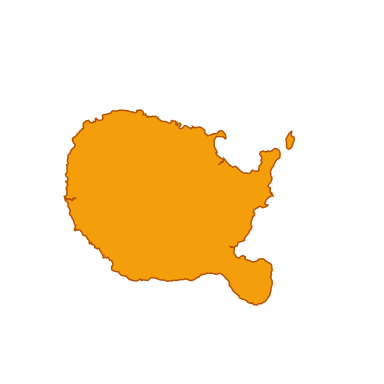 outline of Vanua Lava, Torba, Vanuatu, rotated 311°
{"feature_id": "77236927B4251587034950", "entity_name": "Vanua Lava", "entity_type": "district", "adm_level": 2, "iso_a3": "VUT", "parent_name": "Vanuatu", "parent_adm1": "Torba", "projection": "mercator", "projection_center": [167.507, -13.839], "detail": "fine", "context": "isolated", "style": "filled", "palette": "amber", "viewbox_px": 384, "rotation_deg": 311, "n_neighbors": 0, "source": "geoboundaries", "source_scale": "gbopen_adm2", "svg_char_len": 5997}
<svg xmlns="http://www.w3.org/2000/svg" viewBox="0 0 384 384"><g transform="rotate(311 192 192)"><path d="M107.7,99.5L104.8,98.8L104.8,102.8L106.3,103.7L106.9,104.7L107.1,106.9L109.0,106.4L110.0,106.6L111.4,108.8L110.0,107.7L109.7,107.0L107.4,107.3L106.5,107.0L106.5,104.7L104.3,102.5L104.3,99.5L102.6,101.7L102.5,105.2L101.6,106.6L100.0,107.4L98.7,111.3L97.3,113.0L95.6,113.5L94.9,114.2L94.4,117.3L93.6,118.6L93.2,120.4L90.6,124.6L90.5,126.2L89.1,126.6L88.3,127.5L87.2,127.3L87.0,127.7L87.4,128.2L86.0,128.6L86.2,129.2L87.7,129.6L87.7,130.2L89.0,130.9L89.7,132.6L89.3,135.4L88.0,138.0L89.1,140.8L89.1,141.5L88.3,143.0L87.7,146.8L86.4,147.4L85.8,148.7L87.6,148.9L87.9,149.3L86.6,150.5L87.1,150.8L87.7,153.9L86.3,154.8L86.2,155.3L87.0,156.8L86.9,157.9L88.7,158.9L87.8,160.2L86.2,165.1L85.9,166.2L86.3,167.0L84.8,167.4L84.2,168.1L84.2,168.6L85.4,168.9L86.0,170.6L87.7,171.2L86.5,175.1L87.3,175.8L87.5,176.5L85.8,179.6L85.0,180.2L83.0,180.2L82.7,180.8L81.3,181.5L80.7,182.9L80.8,184.0L82.1,186.9L83.6,189.2L82.8,191.3L82.7,193.1L84.5,196.6L85.4,197.5L84.9,200.5L85.1,201.2L84.7,201.9L85.9,203.7L85.7,204.1L87.2,206.8L88.8,208.7L92.5,210.4L92.1,211.7L92.3,212.2L93.6,212.6L95.9,216.2L96.9,216.9L99.8,217.0L101.2,218.2L102.9,220.5L104.9,225.8L107.0,228.4L108.4,231.7L110.7,233.8L111.4,235.0L113.9,236.5L114.5,237.8L119.0,241.4L119.8,242.6L122.7,244.6L123.9,248.6L124.6,249.5L126.9,251.0L130.7,252.0L132.3,253.0L135.3,253.0L138.7,255.8L140.8,256.7L144.1,260.7L144.9,262.8L146.2,264.9L147.8,265.4L148.9,266.4L149.5,268.1L149.6,270.2L148.8,278.4L148.3,279.6L145.7,281.5L146.0,282.1L145.8,283.8L144.2,288.3L144.3,294.3L144.6,295.1L143.3,297.2L144.1,300.2L145.3,302.3L145.3,303.6L145.9,304.5L145.4,306.4L146.3,309.4L147.1,309.9L147.5,309.7L148.0,310.4L147.4,311.4L147.5,312.2L148.9,314.8L151.9,316.0L153.3,317.7L158.1,319.1L164.9,318.4L166.7,317.6L167.2,316.9L168.5,316.8L171.0,315.0L175.8,312.6L177.4,310.8L179.0,307.5L180.2,307.1L180.2,306.5L181.0,306.1L182.1,306.1L183.2,304.3L185.4,304.0L189.1,299.8L189.4,298.5L188.3,293.0L188.5,290.6L187.7,288.8L186.0,287.5L185.6,286.5L183.4,286.6L180.2,284.9L179.1,283.7L178.2,281.7L178.0,280.0L177.0,278.7L176.2,275.6L178.1,274.8L177.3,272.0L175.1,271.0L173.2,270.9L172.5,270.2L172.1,267.8L172.9,266.1L173.4,263.3L174.6,262.9L175.1,262.1L176.9,261.5L177.5,260.4L176.9,258.9L175.9,257.8L176.0,256.9L178.4,260.3L179.7,260.6L180.9,261.5L184.2,259.8L187.4,262.1L190.0,263.3L190.6,263.0L191.0,262.0L198.5,261.6L200.7,260.8L202.9,260.8L204.6,260.3L205.5,259.5L206.1,257.5L206.9,257.3L207.7,256.4L212.7,254.5L213.3,253.9L214.9,254.4L215.5,254.3L216.8,253.5L217.3,251.5L217.7,251.0L219.3,250.5L225.6,252.5L226.1,253.5L226.5,255.7L230.4,258.0L231.9,257.9L232.0,257.6L230.9,257.0L231.3,256.5L230.8,255.1L231.2,254.0L232.6,254.0L235.1,253.1L238.8,253.5L241.5,254.8L242.2,255.8L243.0,254.1L242.3,253.0L242.5,252.7L243.1,253.2L243.8,252.4L243.4,251.6L243.6,250.4L246.3,248.7L246.5,248.1L245.9,246.7L246.8,245.1L251.9,244.7L254.3,243.8L255.5,242.6L256.0,240.5L257.6,239.4L258.2,238.4L258.8,237.8L262.0,236.7L265.6,236.3L268.0,235.3L270.3,234.9L272.2,234.9L275.3,235.8L278.6,233.5L279.8,231.9L280.4,230.2L280.2,227.8L279.0,225.8L275.7,225.3L273.4,224.0L273.1,222.7L272.4,222.0L270.7,221.5L269.4,218.6L267.3,217.5L266.1,217.7L264.9,218.6L264.2,221.4L263.2,222.5L260.6,223.6L260.5,225.3L260.1,225.5L258.7,225.5L257.9,225.9L256.5,225.6L255.2,226.0L251.7,228.3L249.2,226.5L248.2,223.3L246.1,223.1L245.2,223.6L244.0,223.4L243.0,222.4L242.4,221.0L240.1,218.6L239.7,215.3L240.1,208.7L239.7,207.7L237.6,206.8L237.0,203.2L237.2,199.3L238.2,194.3L237.3,195.1L236.1,195.0L235.0,196.0L234.0,194.9L231.8,194.8L231.0,194.3L234.1,194.2L235.3,195.3L237.2,194.4L237.3,193.8L236.2,190.9L236.5,188.2L236.2,186.5L236.6,185.6L237.5,185.1L236.6,184.0L238.5,184.9L241.0,178.9L245.1,175.1L246.6,174.5L250.0,174.1L254.1,179.1L253.9,182.2L254.8,182.4L257.1,179.8L258.0,175.9L257.9,175.0L257.3,173.7L256.3,172.9L255.7,172.4L253.3,172.7L252.5,172.5L249.8,169.7L247.6,168.9L244.6,166.7L245.1,165.4L244.9,163.3L247.0,160.8L246.9,157.8L246.3,155.3L242.4,152.1L241.9,149.4L241.2,150.3L239.6,149.2L239.0,149.6L238.0,143.6L236.8,142.8L233.8,142.9L232.0,141.5L231.8,140.9L232.3,139.9L235.5,139.6L236.0,137.6L234.0,136.7L232.7,137.3L232.3,136.7L232.1,136.2L232.8,135.1L234.6,135.0L234.0,134.2L234.5,134.0L234.6,132.9L233.5,132.1L233.0,130.0L231.7,129.9L230.5,130.5L229.3,130.1L228.8,129.6L228.0,126.0L226.1,123.6L225.3,121.6L225.4,120.1L225.0,118.1L225.9,116.9L225.2,115.6L225.2,114.6L224.3,114.3L223.4,112.6L222.3,112.2L220.9,110.6L220.7,109.7L219.9,109.7L219.1,109.1L219.9,108.1L219.6,106.8L220.5,105.7L218.2,104.4L220.1,103.4L220.7,101.1L220.6,100.4L218.8,97.9L217.2,97.3L216.3,98.3L216.6,97.2L215.6,97.7L214.9,97.4L213.8,96.0L213.6,94.7L212.6,94.0L211.2,90.4L208.1,85.9L206.2,83.7L202.8,81.3L201.5,79.0L200.0,78.5L198.7,78.9L197.8,78.8L196.5,77.5L195.1,77.1L192.4,74.5L191.7,74.3L190.6,74.4L189.7,76.0L189.0,76.6L187.4,76.7L186.6,76.4L185.3,75.2L184.2,72.7L184.7,72.4L184.7,71.3L183.7,71.0L181.9,73.0L180.9,72.4L180.7,71.4L179.6,71.6L179.1,71.4L177.6,69.6L178.1,67.0L176.3,65.5L172.8,64.9L170.4,66.5L169.6,68.1L169.0,68.4L167.5,67.6L165.4,67.9L164.2,67.3L162.1,67.7L160.4,67.3L159.2,67.8L157.2,67.4L156.6,67.6L156.2,67.0L154.0,66.6L153.4,67.7L152.8,67.7L151.4,70.1L151.1,72.5L150.4,73.3L148.2,73.7L144.7,73.2L142.5,74.1L141.9,74.0L140.8,75.0L139.6,74.2L138.5,74.2L137.2,75.6L133.6,77.5L133.1,79.1L132.3,79.7L131.8,80.0L130.5,79.4L128.9,81.5L127.7,82.0L126.9,83.2L125.5,84.3L124.4,84.9L122.8,84.8L122.0,85.2L121.3,86.6L121.5,88.0L120.9,89.2L119.2,90.6L117.2,89.7L116.9,90.2L117.5,91.8L116.2,92.3L116.0,93.4L115.5,93.7L113.5,93.8L112.5,95.2L111.6,95.1L111.4,95.5L111.8,95.9L107.7,99.5ZM302.6,228.1L303.3,227.4L303.1,227.2L299.8,226.9L296.6,227.5L296.0,228.0L294.5,227.9L293.0,228.6L291.2,231.1L287.9,233.9L287.4,235.3L287.6,236.6L288.8,237.6L291.3,237.8L298.6,234.9L300.3,233.0L299.7,232.1L299.9,231.2L299.4,230.9L299.8,229.7L300.9,228.7L302.6,228.1Z" fill="#f59e0b" stroke="#b45309" stroke-width="1.5"/></g></svg>